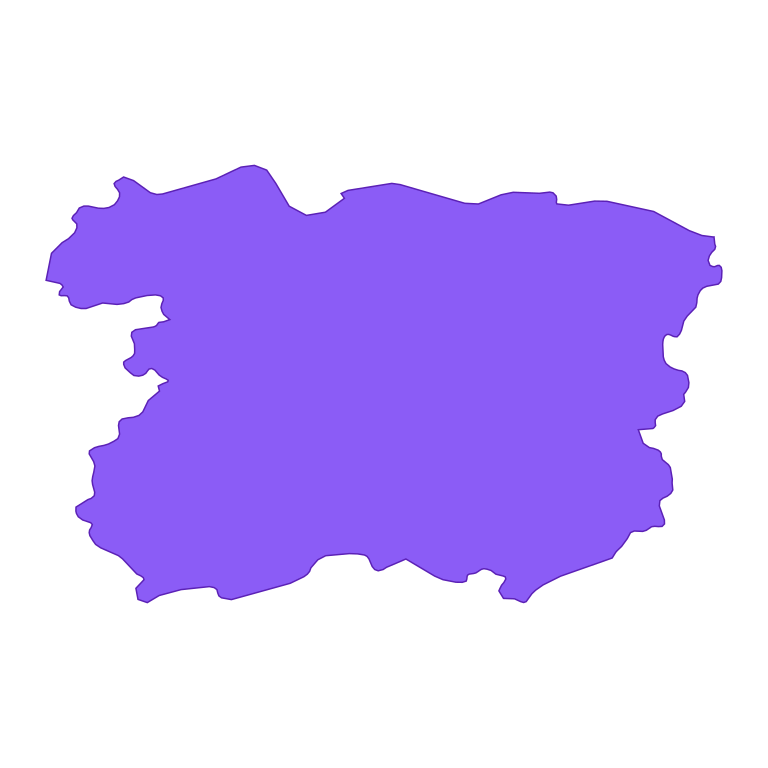 outline of Šiauliai
{"feature_id": "LTU-1072", "entity_name": "Šiauliai", "entity_type": "County", "adm_level": 1, "iso_a3": "LTU", "parent_name": "Lithuania", "parent_adm1": "", "projection": "equal_earth", "projection_center": [23.21, 55.943], "detail": "fine", "context": "isolated", "style": "filled", "palette": "violet", "viewbox_px": 768, "rotation_deg": 0, "n_neighbors": 0, "source": "natural_earth", "source_scale": "10m", "svg_char_len": 4132}
<svg xmlns="http://www.w3.org/2000/svg" viewBox="0 0 768 768"><path d="M254.4,165.4L266.7,170.1L275.8,183.4L289.2,206.2L306.4,215.4L325.4,212.2L344.4,198.3L341.1,193.5L348.0,190.4L391.8,183.4L400.2,184.6L425.7,192.0L464.8,203.3L478.4,204.0L501.1,194.8L513.2,192.3L539.5,193.3L549.8,192.1L553.0,192.8L556.2,196.1L556.7,199.5L556.3,202.4L556.8,203.9L568.5,205.2L594.6,201.1L607.0,201.3L612.0,202.4L653.7,211.5L689.2,230.6L701.9,235.5L713.4,237.0L714.0,236.9L714.8,244.2L715.6,246.4L714.8,249.3L711.7,252.4L709.4,255.9L708.1,260.4L710.0,265.4L712.8,266.6L714.7,266.7L717.5,265.5L719.3,265.4L721.2,267.3L721.9,270.7L721.6,277.7L720.8,281.4L718.3,284.1L706.7,286.3L702.8,288.1L700.3,290.6L698.0,294.8L697.1,298.1L696.8,302.7L695.8,307.2L687.2,316.1L683.8,321.1L681.4,330.4L679.6,334.1L677.1,336.8L674.9,336.7L673.2,336.3L670.8,335.1L668.8,334.4L666.9,334.5L665.2,335.7L664.1,337.3L663.3,339.3L662.9,341.7L662.7,344.5L663.3,356.8L664.2,360.2L666.0,363.6L670.0,366.9L674.0,368.9L678.3,370.3L681.9,370.9L685.3,372.6L687.5,375.4L688.9,382.7L688.4,387.5L685.5,392.2L683.7,394.4L684.7,401.4L681.3,406.2L673.1,410.5L662.7,413.9L657.8,416.1L655.2,419.7L655.2,422.6L655.6,425.6L654.1,427.6L652.9,428.5L638.3,429.7L643.2,443.3L649.4,447.6L653.5,448.4L658.3,450.2L660.4,452.0L661.3,453.9L661.3,456.2L662.3,459.6L668.4,464.7L670.3,467.5L672.3,479.1L672.1,483.0L672.8,490.0L670.8,493.4L667.2,496.2L663.0,498.1L659.9,500.6L659.3,505.9L664.4,520.0L664.5,523.9L662.1,526.4L658.5,526.6L654.8,526.3L651.6,526.7L646.3,530.3L642.7,531.4L634.3,531.0L630.5,532.6L627.3,538.6L621.6,546.4L617.2,550.6L615.7,552.3L612.2,558.0L560.5,576.2L543.1,584.9L535.7,590.1L531.9,593.7L526.2,601.6L523.7,602.5L520.6,601.6L514.5,598.8L503.5,598.4L498.9,590.9L499.9,588.6L501.6,585.2L503.9,582.5L505.8,579.0L505.3,576.9L503.2,576.0L495.9,574.2L491.1,570.5L487.1,569.2L483.9,568.7L481.5,569.3L479.8,570.3L478.1,571.5L475.9,572.9L473.6,573.5L469.2,574.1L467.6,575.1L467.1,576.4L466.8,579.1L466.2,581.1L462.3,582.3L455.9,582.2L443.0,579.7L434.7,576.1L405.9,559.0L386.5,567.3L383.2,569.5L378.2,570.8L374.7,569.5L372.2,566.5L369.0,559.0L367.1,556.4L364.5,555.0L357.7,553.9L349.4,553.6L325.7,555.7L317.8,559.8L310.9,567.8L309.6,571.4L307.3,574.2L303.9,576.7L290.2,583.3L231.4,599.6L221.5,597.8L218.9,595.9L217.8,593.1L216.9,589.6L214.2,587.6L209.4,586.6L181.1,589.6L159.2,595.5L147.3,602.6L138.0,599.4L135.9,588.3L144.0,579.7L143.3,577.6L140.7,575.8L136.8,574.0L122.5,558.8L118.4,555.6L100.8,547.9L95.6,544.4L93.1,540.9L89.9,535.7L89.2,532.7L89.6,530.0L91.2,527.5L92.3,524.5L90.7,522.7L82.7,520.0L78.3,516.8L76.5,513.6L75.9,511.2L76.0,507.1L87.9,499.6L91.2,498.4L94.3,495.7L94.7,492.2L92.6,484.5L92.1,480.7L92.7,476.6L93.8,472.1L94.9,466.0L93.7,461.7L89.2,453.9L89.5,450.9L94.5,447.7L98.8,446.4L104.0,445.4L108.5,444.0L114.0,441.2L117.9,438.6L119.6,434.1L118.5,425.5L119.2,421.7L122.1,419.0L128.1,417.8L133.4,417.3L139.0,415.4L142.8,411.9L148.3,400.5L159.5,391.1L158.2,386.0L162.8,383.7L167.8,381.8L168.2,380.3L166.2,379.0L162.4,377.3L159.1,375.0L154.9,370.1L151.8,368.5L149.1,369.0L147.5,370.9L145.8,373.3L142.8,375.2L138.8,376.1L133.9,375.5L130.4,372.8L125.1,367.9L123.7,364.4L123.7,362.1L125.6,360.5L131.2,357.5L133.2,355.7L134.6,353.4L134.7,349.7L134.4,343.7L131.3,336.1L131.8,332.3L135.5,329.7L153.3,327.0L155.0,326.4L156.5,325.5L158.2,323.1L158.9,322.4L163.6,321.8L169.8,319.6L163.7,314.4L162.1,311.4L161.0,307.5L161.8,303.8L163.3,300.3L163.2,297.9L160.5,295.8L155.5,294.9L147.1,295.5L135.7,297.9L131.8,299.6L128.8,302.0L123.8,303.6L117.0,304.4L102.6,303.0L86.1,308.5L81.0,308.5L75.7,307.2L71.1,304.8L69.3,301.1L68.7,297.8L67.1,295.8L64.3,295.6L61.1,295.7L59.2,294.9L59.6,291.6L63.2,287.0L62.0,285.0L60.0,283.4L46.1,280.3L51.5,253.3L62.2,242.6L68.5,238.7L74.6,232.8L76.9,227.8L76.8,223.9L72.8,219.9L72.0,218.3L73.4,215.6L76.5,212.7L79.3,208.0L83.8,206.1L88.4,206.1L98.4,208.2L103.8,208.4L109.0,207.5L114.4,204.7L117.5,200.9L119.5,196.8L119.6,192.8L117.5,189.3L115.1,186.5L114.1,183.6L116.0,181.4L118.8,180.1L123.6,177.0L133.6,180.6L150.3,192.7L156.8,194.5L162.5,194.0L216.0,178.9L229.9,172.3L241.0,167.1L254.4,165.4Z" fill="#8b5cf6" stroke="#5b21b6" stroke-width="1.5"/></svg>